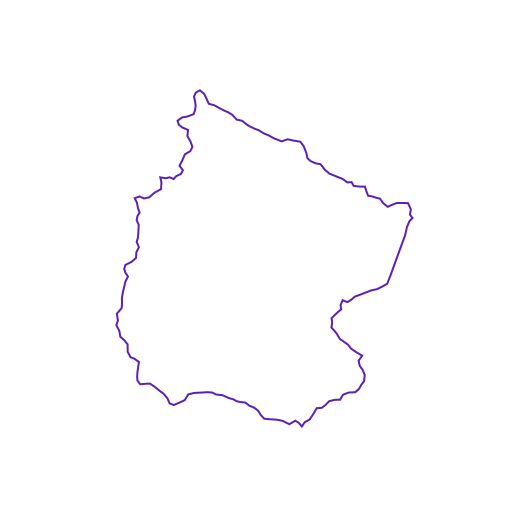 Santa Isabel, São Paulo, Brazil (Albers equal-area conic projection), rotated 245°
{"feature_id": "56859067B62308416840067", "entity_name": "Santa Isabel", "entity_type": "district", "adm_level": 2, "iso_a3": "BRA", "parent_name": "Brazil", "parent_adm1": "São Paulo", "projection": "albers", "projection_center": [-46.238, -23.295], "detail": "fine", "context": "isolated", "style": "outline", "palette": "violet", "viewbox_px": 512, "rotation_deg": 245, "n_neighbors": 0, "source": "geoboundaries", "source_scale": "gbopen_adm2", "svg_char_len": 2634}
<svg xmlns="http://www.w3.org/2000/svg" viewBox="0 0 512 512"><g transform="rotate(245 256 256)"><path d="M232.9,416.1L239.7,416.1L242.0,411.4L244.5,406.1L244.9,400.9L244.9,396.2L250.1,393.6L255.6,392.6L258.1,389.4L260.9,386.5L263.2,383.1L267.8,383.4L272.9,384.0L275.2,379.1L278.3,374.1L282.5,373.9L284.1,369.9L289.2,367.1L293.9,362.7L299.7,357.3L305.0,354.9L311.9,353.3L314.8,349.2L318.9,345.6L322.9,344.0L328.3,345.2L335.4,345.6L340.8,344.5L344.9,338.6L348.4,334.0L349.0,327.8L355.3,321.8L359.9,318.5L363.9,314.8L368.5,311.9L371.9,308.6L377.1,304.3L380.4,302.6L384.4,300.6L387.7,296.2L394.0,294.2L398.0,291.5L401.0,288.8L405.4,285.4L410.0,282.1L413.9,277.6L419.6,277.6L424.8,277.6L429.9,275.1L429.5,270.5L426.7,267.2L422.3,266.2L417.8,264.9L414.1,262.5L410.9,259.4L411.4,252.9L412.8,247.5L411.8,242.1L407.7,241.5L403.7,243.5L399.0,247.7L393.7,244.5L387.5,245.0L381.8,244.5L378.8,240.8L378.2,234.5L373.3,229.0L370.1,224.8L364.6,226.0L362.1,222.7L362.1,217.6L360.6,213.8L363.8,211.1L364.6,207.1L367.7,202.5L362.7,201.4L356.7,198.2L356.3,191.0L354.3,183.9L355.5,178.8L359.2,175.6L359.6,170.5L354.5,170.6L349.5,169.3L344.6,168.9L342.3,165.5L339.0,163.0L333.9,162.9L327.2,159.4L322.1,156.4L319.2,153.8L313.5,153.6L309.9,149.1L305.0,146.5L303.3,140.8L303.1,133.9L300.0,131.1L295.7,130.6L291.5,131.3L288.0,126.8L284.7,124.3L279.8,120.3L274.6,116.7L270.4,114.9L265.7,112.4L262.4,105.4L256.0,103.6L252.3,100.2L245.9,100.5L240.2,98.9L235.4,101.0L230.2,102.3L223.4,99.2L217.4,99.5L214.1,102.5L209.4,105.1L204.9,102.1L200.9,99.5L197.1,97.4L193.3,95.9L188.7,96.9L186.9,101.8L185.2,105.9L180.5,108.8L175.3,111.3L170.3,114.0L164.3,115.6L159.0,115.4L155.7,118.5L155.5,124.3L155.5,130.5L159.2,136.2L158.0,142.1L154.9,149.8L153.2,154.2L150.7,158.7L147.4,161.2L143.9,166.9L138.6,171.5L135.9,174.7L132.6,177.1L130.2,180.1L127.7,184.4L123.3,186.6L119.1,190.4L114.9,192.5L109.7,193.2L105.0,194.7L101.2,201.4L98.7,205.9L95.4,210.4L89.5,215.1L90.1,222.1L86.6,224.3L82.1,225.5L84.8,230.0L85.2,235.6L88.6,241.2L92.4,246.7L90.6,251.4L91.6,256.0L93.5,261.0L92.3,266.8L90.2,271.5L93.5,276.2L93.1,282.3L90.6,288.4L92.2,293.6L94.7,296.9L96.8,301.0L102.3,304.3L107.7,304.5L112.7,303.6L117.8,304.8L120.8,310.1L126.3,306.3L132.0,303.0L136.8,301.9L141.2,299.4L145.5,296.9L151.0,296.4L154.9,295.5L159.2,294.1L163.4,296.9L167.7,298.2L169.1,302.1L170.6,306.5L171.6,310.6L175.8,311.9L179.3,315.9L175.6,319.3L176.0,323.5L177.4,328.5L177.0,333.1L176.6,338.9L176.1,345.9L174.8,351.7L174.9,356.4L175.3,363.1L181.0,369.1L202.0,390.1L206.7,394.8L211.7,399.9L218.3,404.9L222.7,409.8L224.3,413.9L228.4,413.0L232.9,416.1Z" fill="none" stroke="#5b21b6" stroke-width="2"/></g></svg>